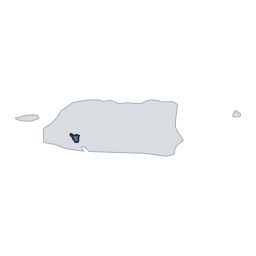 Trujillo Alto, Puerto Rico (highlighted), rotated 180°
{"feature_id": "32010507B87242959394677", "entity_name": "Trujillo Alto", "entity_type": "district", "adm_level": 2, "iso_a3": "PRI", "parent_name": "Puerto Rico", "parent_adm1": "", "projection": "robinson", "projection_center": [-65.993, 18.337], "detail": "fine", "context": "in_parent", "style": "filled", "palette": "slate", "viewbox_px": 256, "rotation_deg": 180, "n_neighbors": 0, "source": "geoboundaries", "source_scale": "gbopen_adm2", "svg_char_len": 2421}
<svg xmlns="http://www.w3.org/2000/svg" viewBox="0 0 256 256"><g transform="rotate(180 128 128)"><path d="M169.5,107.4L172.1,109.3L174.7,109.1L172.6,105.0L174.5,105.0L190.9,107.5L201.4,111.6L212.2,113.6L212.8,127.3L204.5,132.7L199.1,138.4L194.7,145.4L183.0,153.5L169.0,155.9L159.6,156.2L156.1,155.9L152.7,154.5L145.7,155.8L137.0,152.3L129.5,153.2L114.7,152.3L109.1,155.4L103.8,156.1L98.5,155.5L94.1,154.1L83.1,154.3L78.5,151.6L80.4,136.1L80.6,129.0L77.9,123.2L74.9,119.6L72.8,115.3L77.1,112.4L80.7,108.3L81.8,102.1L85.7,100.6L90.2,99.8L111.3,102.7L164.5,104.4L167.5,104.9L169.5,107.4ZM229.5,140.6L222.8,141.2L218.5,140.4L217.0,137.5L225.1,134.8L234.6,135.2L240.0,136.9L240.6,137.9L229.5,140.6ZM20.9,145.1L20.1,145.2L19.3,145.1L18.9,144.8L18.4,144.0L15.9,142.5L15.4,141.1L15.9,139.7L16.9,139.2L21.8,139.0L22.3,139.1L23.3,140.1L23.4,140.8L22.9,141.5L22.0,143.2L21.6,143.6L21.3,144.1L21.2,144.8L20.9,145.1Z" fill="#d9dde1" stroke="#a8b0b8" stroke-width="1"/><path d="M180.6,113.8L180.3,113.8L180.2,113.9L179.9,113.9L179.7,113.8L179.5,113.7L179.4,113.7L179.3,113.8L179.0,113.9L178.4,113.8L178.1,114.1L177.9,114.3L177.6,114.8L177.6,115.1L177.5,115.3L177.6,115.5L177.6,115.8L177.6,116.0L177.8,116.1L177.6,116.3L177.6,116.5L177.4,116.9L177.4,117.1L177.5,117.3L177.5,117.7L177.7,118.2L177.5,118.3L177.5,118.7L177.5,118.9L177.5,119.1L177.4,119.1L177.4,119.3L177.5,119.4L177.5,119.7L177.3,119.9L177.0,120.1L177.1,120.4L177.0,120.5L177.5,120.7L177.8,120.7L178.0,120.6L178.3,120.7L178.7,121.1L178.8,120.9L179.0,120.8L179.1,120.7L179.2,120.9L179.4,120.9L179.7,121.1L179.9,121.2L180.0,121.1L180.3,121.0L180.3,120.9L180.8,121.0L181.2,120.7L181.5,120.6L181.9,120.5L182.9,120.6L183.2,120.6L183.3,120.7L183.2,120.8L183.3,120.9L183.3,121.0L183.5,121.3L183.7,121.6L183.9,121.6L184.1,121.9L184.2,122.0L184.5,122.1L184.8,122.0L185.1,122.2L185.4,122.2L185.4,121.9L185.3,121.7L185.6,121.6L185.6,121.3L185.5,121.1L185.6,120.9L185.7,120.7L185.4,120.4L185.4,120.5L185.0,120.5L184.9,120.4L184.8,120.2L184.7,120.1L184.4,119.9L184.2,119.8L184.1,119.5L184.0,119.4L183.8,119.4L183.7,119.1L183.7,118.9L183.6,118.7L183.4,118.7L183.1,118.3L183.1,118.1L183.3,117.7L183.1,117.6L183.1,117.4L182.8,117.3L182.8,117.0L182.7,116.8L182.6,116.4L182.3,116.4L182.1,116.3L182.1,116.1L182.1,115.9L182.0,115.7L181.6,115.4L181.4,115.2L181.4,114.8L181.4,114.7L181.2,114.5L181.2,114.1L180.7,113.9L180.6,113.8Z" fill="#64748b" stroke="#1e293b" stroke-width="1.5"/></g></svg>